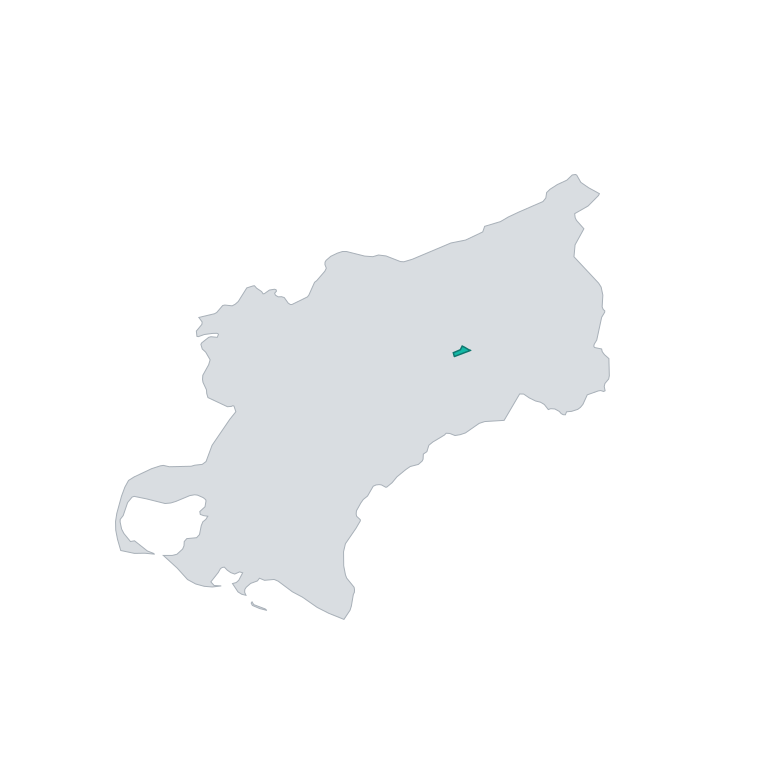 Garagum, Mary, Turkmenistan (highlighted), rotated 301°
{"feature_id": "10190150B14310189929045", "entity_name": "Garagum", "entity_type": "district", "adm_level": 2, "iso_a3": "TKM", "parent_name": "Turkmenistan", "parent_adm1": "Mary", "projection": "mercator", "projection_center": [61.282, 38.084], "detail": "fine", "context": "in_parent", "style": "filled", "palette": "teal", "viewbox_px": 768, "rotation_deg": 301, "n_neighbors": 0, "source": "geoboundaries", "source_scale": "gbopen_adm2", "svg_char_len": 4002}
<svg xmlns="http://www.w3.org/2000/svg" viewBox="0 0 768 768"><g transform="rotate(301 384 384)"><path d="M242.9,268.2L274.2,270.0L283.9,271.3L287.8,266.8L287.6,265.6L286.2,264.7L283.9,261.5L281.7,240.1L284.5,237.0L287.6,234.8L292.2,228.0L294.6,226.0L298.2,224.2L310.2,223.8L315.2,222.5L319.5,214.7L320.4,210.2L323.7,206.6L325.5,206.6L333.7,209.7L335.4,211.3L338.1,217.0L341.2,216.6L341.6,215.7L341.3,214.5L339.0,210.9L333.9,204.5L328.9,200.4L328.5,199.1L332.7,195.9L341.3,197.2L343.5,196.2L345.7,191.0L357.0,202.6L359.2,203.8L368.2,205.3L369.7,206.9L372.8,213.6L375.8,215.4L379.6,216.6L395.7,216.9L400.7,221.3L401.5,222.4L400.5,225.5L400.2,231.5L399.0,233.9L399.8,234.9L405.5,237.4L408.8,241.3L409.2,242.9L408.2,244.0L405.5,243.5L404.2,245.2L404.2,248.4L406.1,251.3L406.7,254.0L404.0,260.2L403.9,262.7L404.8,264.2L419.2,273.5L421.5,273.8L435.4,272.1L438.0,273.1L450.2,275.2L453.6,274.9L455.9,271.9L458.1,270.7L460.2,270.7L466.0,272.6L472.1,276.6L476.2,280.2L478.2,283.5L483.7,301.6L487.4,308.9L491.7,312.8L494.8,319.8L497.4,335.0L499.0,338.1L505.6,344.1L539.3,368.7L549.4,379.8L565.2,390.3L571.0,389.1L583.2,400.2L591.1,404.5L601.1,411.2L622.3,426.3L626.8,426.9L631.9,424.8L636.4,426.0L644.3,429.9L652.8,435.7L660.1,437.7L662.2,440.2L662.3,441.6L658.2,448.9L657.6,458.2L658.1,470.6L656.1,470.8L641.8,467.3L628.2,459.7L625.0,462.2L623.4,464.7L620.0,475.4L601.7,476.1L590.9,481.3L581.0,516.0L578.9,520.2L572.9,525.8L562.4,531.3L560.8,533.5L560.4,535.6L559.1,536.2L553.3,536.2L531.3,543.7L526.4,543.7L524.5,544.3L523.7,545.6L526.1,552.5L524.1,554.4L522.7,557.8L521.6,563.7L507.1,572.9L504.0,574.0L498.2,573.1L495.2,574.1L492.1,577.0L490.7,576.1L490.0,573.1L488.4,571.2L479.4,563.8L469.0,565.0L465.1,564.4L462.0,563.1L457.2,558.9L454.2,554.8L451.0,555.3L450.0,553.4L449.9,551.1L450.8,548.4L450.6,543.3L448.7,539.6L446.7,538.0L449.0,532.0L449.0,527.5L447.5,522.7L446.9,515.7L447.3,508.9L445.3,505.4L414.7,505.7L403.7,489.7L399.2,485.8L384.0,479.0L379.8,475.4L376.4,471.4L375.5,465.9L373.8,462.6L371.4,462.1L359.4,455.7L354.6,454.0L348.1,455.6L344.2,453.8L339.7,456.2L337.7,456.4L332.8,454.9L326.8,449.0L321.8,446.7L311.1,442.9L303.7,441.8L297.1,439.5L296.4,438.7L296.2,433.8L295.3,431.7L293.4,429.2L290.8,427.4L279.5,427.6L274.3,425.7L270.1,425.4L261.1,425.7L258.2,427.1L256.5,428.7L255.5,433.5L254.5,434.2L245.8,434.3L227.2,433.2L219.4,435.7L207.4,443.1L200.5,449.3L198.4,452.0L194.4,463.0L192.6,464.6L190.2,465.9L187.8,466.1L176.8,470.4L172.6,471.4L161.6,470.9L159.0,454.7L158.1,441.8L159.3,423.9L158.7,412.4L160.5,394.8L159.9,390.5L154.2,382.7L153.4,377.3L150.0,376.9L144.4,372.4L138.9,370.6L136.2,370.5L133.7,371.8L131.8,374.5L130.5,370.3L130.6,365.9L134.9,356.9L137.7,359.6L141.0,360.6L149.4,360.1L148.6,357.0L144.2,353.9L143.4,349.8L143.7,345.5L144.8,341.5L143.5,339.9L141.6,338.9L137.0,339.0L125.2,337.5L123.8,342.2L127.1,348.5L121.6,341.4L118.0,334.1L115.6,325.6L115.2,316.3L119.7,301.5L123.4,283.1L128.0,290.8L131.4,294.2L138.8,296.4L142.3,295.9L146.1,293.9L149.9,294.6L155.7,302.5L159.9,303.4L168.5,300.3L172.6,299.7L176.2,301.0L179.9,301.1L178.3,297.3L177.6,293.7L179.8,291.8L186.6,293.8L192.0,291.7L193.0,290.8L193.5,287.6L192.7,281.4L191.5,278.7L188.3,275.0L176.2,266.1L172.2,262.5L168.8,257.9L163.2,239.5L159.0,227.7L157.3,226.3L150.3,225.3L136.9,228.2L132.1,227.6L129.9,228.8L124.5,233.8L121.9,238.0L118.4,247.8L121.1,250.9L119.0,267.2L120.2,274.1L119.8,274.6L115.7,266.0L110.3,257.4L105.7,244.1L113.7,235.5L120.6,229.3L127.9,224.7L135.5,221.6L152.6,216.8L162.1,215.0L169.8,214.7L175.7,217.7L191.7,228.4L198.6,234.4L200.6,236.8L202.5,242.6L214.2,261.1L217.0,263.7L221.5,269.6L225.9,271.4L242.9,268.2ZM130.0,397.9L129.6,400.2L127.5,393.1L126.4,385.2L127.8,383.0L129.3,383.1L127.8,386.0L130.0,397.9Z" fill="#d9dde1" stroke="#a8b0b8" stroke-width="1"/><path d="M444.6,430.8L456.5,440.2L456.9,440.5L457.3,440.7L457.3,440.0L457.0,439.8L457.0,434.2L456.8,431.5L452.7,431.8L449.2,429.3L446.5,427.3L443.9,430.0L443.9,430.3L444.6,430.8Z" fill="#14b8a6" stroke="#0f766e" stroke-width="1.5"/></g></svg>